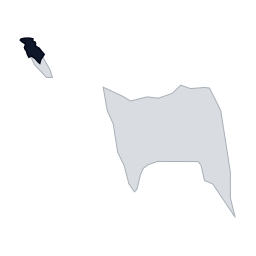 location of Eastern Tobago within Trinidad and Tobago, rotated 263°
{"feature_id": "TTO-50", "entity_name": "Eastern Tobago", "entity_type": "Region", "adm_level": 1, "iso_a3": "TTO", "parent_name": "Trinidad and Tobago", "parent_adm1": "", "projection": "mercator", "projection_center": [-60.599, 11.278], "detail": "fine", "context": "in_parent", "style": "filled", "palette": "ink", "viewbox_px": 256, "rotation_deg": 263, "n_neighbors": 0, "source": "natural_earth", "source_scale": "10m", "svg_char_len": 1019}
<svg xmlns="http://www.w3.org/2000/svg" viewBox="0 0 256 256"><g transform="rotate(263 128 128)"><path d="M157.7,213.8L133.9,222.2L71.8,224.2L46.1,221.1L26.3,223.5L62.3,205.2L66.5,197.5L81.8,196.0L86.1,193.7L91.2,153.3L89.2,143.7L86.2,138.4L80.0,134.6L66.1,129.4L63.8,126.6L72.5,122.1L91.2,119.6L105.1,114.8L133.9,113.8L147.9,109.5L171.6,108.3L159.9,126.9L154.5,133.8L156.6,150.5L153.9,161.8L157.0,176.1L164.1,185.6L159.5,194.8L158.9,208.8L157.7,213.8ZM195.3,57.7L187.3,59.2L188.2,53.2L202.2,42.9L223.7,35.9L229.2,35.7L226.1,44.9L195.3,57.7Z" fill="#d9dde1" stroke="#a8b0b8" stroke-width="1"/><path d="M210.2,38.3L213.0,37.2L217.1,36.4L218.8,35.4L220.6,35.0L223.0,36.4L224.1,36.3L226.8,33.0L228.4,31.8L229.5,32.9L229.7,36.6L229.2,41.2L228.1,44.5L226.4,44.1L225.5,44.1L224.6,46.3L223.3,46.6L221.9,46.1L220.4,46.1L220.1,46.8L217.9,49.7L217.4,49.9L214.0,52.0L212.9,52.8L211.3,53.8L208.7,51.7L206.6,49.8L202.9,48.3L204.4,46.9L208.4,44.2L211.3,40.7L210.2,38.3Z" fill="#0f172a" stroke="#020617" stroke-width="1.5"/></g></svg>